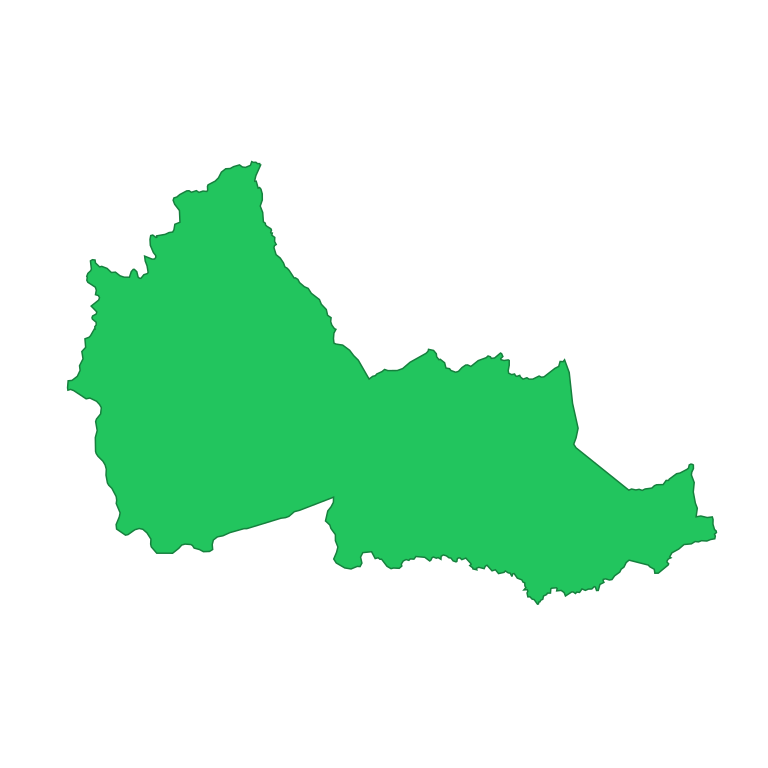 Dowa, Dowa, Malawi (orthographic projection), rotated 354°
{"feature_id": "42251766B75153645982813", "entity_name": "Dowa", "entity_type": "district", "adm_level": 2, "iso_a3": "MWI", "parent_name": "Malawi", "parent_adm1": "Dowa", "projection": "orthographic", "projection_center": [33.724, -13.52], "detail": "fine", "context": "isolated", "style": "filled", "palette": "green", "viewbox_px": 768, "rotation_deg": 354, "n_neighbors": 0, "source": "geoboundaries", "source_scale": "gbopen_adm2", "svg_char_len": 6136}
<svg xmlns="http://www.w3.org/2000/svg" viewBox="0 0 768 768"><g transform="rotate(354 384 384)"><path d="M566.1,378.8L564.5,380.5L561.5,380.0L559.6,384.8L555.6,386.3L543.9,393.6L541.3,393.7L539.1,392.3L532.5,394.7L528.7,394.3L526.8,392.7L522.8,393.7L520.4,391.2L519.9,389.6L517.0,390.3L515.7,389.6L514.9,387.7L511.9,388.0L509.1,386.3L508.9,383.7L510.5,378.4L511.0,373.7L510.1,373.0L505.8,373.2L502.8,372.0L502.7,371.0L505.1,369.1L504.1,366.1L503.1,365.4L496.7,369.7L493.4,369.7L492.7,368.1L490.4,367.0L488.4,368.5L480.1,370.6L472.3,375.6L469.2,373.8L467.2,373.7L463.3,375.8L459.4,379.2L456.5,379.8L451.9,377.5L450.8,375.6L447.3,374.6L446.5,369.2L442.5,365.3L441.2,365.6L439.2,362.4L439.2,359.4L436.8,355.8L431.9,354.2L431.2,356.1L429.0,357.9L412.2,365.1L404.2,370.6L398.6,372.0L389.3,371.1L386.1,369.6L383.4,371.4L377.8,373.3L376.3,374.8L373.5,375.2L369.7,377.5L360.9,357.6L356.8,352.6L353.3,346.8L347.0,341.0L340.2,339.2L338.5,338.0L338.5,333.5L339.5,328.2L341.9,324.6L340.5,323.8L338.3,320.0L337.5,316.4L338.3,312.5L335.1,309.8L334.4,303.9L330.0,298.1L328.6,293.3L321.2,286.2L318.6,281.0L314.9,278.9L310.6,274.3L309.3,271.0L307.1,269.2L305.7,269.2L301.5,261.0L299.9,258.8L297.7,257.2L296.7,253.1L294.0,247.9L290.2,244.1L288.8,236.9L289.6,234.9L291.4,234.0L290.1,230.8L290.7,226.8L288.0,224.3L288.7,222.2L287.3,222.0L287.1,221.4L288.2,219.3L287.8,217.9L283.8,214.7L282.9,213.6L282.7,211.6L281.0,210.1L281.3,200.7L279.5,194.1L282.2,188.3L282.8,182.2L282.0,177.4L280.8,175.6L279.3,176.0L278.1,168.9L276.7,168.9L276.7,168.2L278.3,163.5L284.2,153.3L283.6,153.1L283.4,151.8L281.2,151.6L279.8,150.1L277.1,149.9L275.7,149.0L274.0,152.6L268.9,154.1L265.9,153.4L263.2,151.0L257.1,152.1L253.6,153.6L249.1,153.4L244.4,156.3L240.9,161.7L237.3,164.6L229.9,167.5L229.1,169.0L228.9,172.8L227.9,174.0L224.2,173.2L220.0,174.1L217.6,172.1L212.5,173.2L210.3,171.4L208.0,171.3L200.8,174.2L197.5,176.4L194.5,177.0L193.5,179.2L194.6,183.4L198.7,190.1L198.0,201.8L192.7,203.3L191.2,208.7L189.7,210.8L186.1,210.9L182.0,212.3L173.4,212.9L173.4,214.3L172.6,214.5L169.6,211.7L167.5,212.0L166.4,215.7L166.1,221.7L168.4,229.2L170.4,232.4L170.3,234.2L168.9,235.7L166.5,235.6L159.3,231.8L159.4,236.8L160.7,241.7L161.1,248.5L160.0,249.5L156.6,250.2L153.3,253.5L151.9,253.3L150.6,251.9L149.9,246.5L147.7,243.9L146.6,243.8L144.4,245.8L142.0,251.2L136.7,250.6L132.8,248.8L128.6,244.7L124.5,244.6L120.7,240.1L115.6,237.5L113.4,237.8L109.7,233.4L109.6,230.5L107.0,229.9L104.9,230.9L105.0,239.2L104.0,240.8L101.1,243.0L99.6,245.9L100.0,246.9L99.3,249.8L100.1,251.9L107.0,257.5L107.7,260.7L106.4,265.0L109.2,266.2L110.1,268.4L109.0,270.7L100.9,275.9L105.9,282.3L105.1,284.3L101.3,285.9L100.5,287.6L100.8,289.0L104.2,292.5L103.9,295.3L102.4,296.7L102.3,299.2L101.7,299.0L97.1,305.4L95.5,306.7L91.3,307.8L91.1,316.4L86.9,320.1L87.3,327.5L83.1,334.0L83.2,338.7L79.8,344.3L74.1,347.8L70.2,347.8L68.9,354.7L69.0,357.1L71.7,356.6L74.7,358.1L86.2,367.6L90.0,367.2L96.3,371.1L99.0,374.7L100.4,378.0L99.0,384.2L94.4,388.8L93.3,391.2L93.9,400.3L91.3,407.1L90.1,420.8L90.5,423.1L92.0,426.0L96.4,431.4L98.2,435.4L98.9,439.7L98.0,445.6L98.6,453.5L99.6,455.8L102.5,459.4L105.9,468.0L106.0,471.7L105.2,474.9L108.1,484.5L106.9,488.4L102.9,495.8L102.9,500.3L111.1,507.3L113.7,507.0L121.0,502.9L125.4,502.1L129.0,503.3L132.7,507.3L136.0,513.9L135.2,518.8L135.5,521.6L140.3,528.5L156.1,530.2L162.7,526.0L166.0,523.0L169.4,522.4L175.3,523.5L176.7,524.7L178.0,527.3L183.3,529.4L186.9,531.9L193.0,532.3L196.3,530.7L196.4,525.7L198.0,521.3L202.4,518.6L208.0,518.1L215.2,515.7L229.7,513.2L232.5,513.5L267.5,506.7L272.1,506.6L275.6,505.7L281.5,501.6L286.8,500.8L322.0,491.3L321.3,496.4L318.5,500.6L314.8,504.4L311.5,514.1L315.4,518.6L316.1,522.1L319.9,528.7L319.3,534.8L321.1,541.3L319.2,546.5L315.7,552.8L317.8,557.0L325.7,562.8L331.9,564.5L338.3,562.6L341.1,563.1L343.3,559.8L342.6,553.7L345.3,549.5L354.1,549.5L357.0,556.7L360.0,556.2L361.7,557.9L363.3,558.0L367.9,565.6L371.7,568.4L374.2,568.0L379.9,568.9L382.7,566.9L382.4,564.9L384.7,562.0L387.6,560.9L390.3,562.0L391.8,560.7L395.5,561.3L397.7,558.9L406.4,560.6L411.0,564.8L412.3,564.0L413.6,561.8L415.0,561.2L417.8,562.7L419.7,562.3L422.3,564.3L422.8,561.3L425.1,560.2L428.1,561.4L430.4,563.6L432.4,564.1L434.2,567.1L437.0,568.4L437.9,568.1L438.6,565.5L439.9,564.7L441.4,564.9L443.0,566.8L447.2,565.7L451.5,571.5L451.8,572.5L450.3,573.5L453.0,576.1L453.1,577.2L456.9,578.5L456.6,577.0L459.1,576.2L464.3,578.1L465.7,575.8L467.5,575.0L471.9,581.1L475.4,580.4L478.1,584.5L483.7,583.9L485.1,582.6L487.8,584.8L489.7,585.3L490.9,588.3L491.4,588.3L492.1,586.3L493.6,586.1L496.3,591.0L500.6,593.2L501.5,595.5L503.2,596.5L503.0,599.5L503.8,601.3L501.6,603.4L504.9,603.5L505.4,605.1L504.4,606.8L504.8,610.7L506.9,610.9L508.8,613.4L510.8,614.1L513.6,619.0L514.6,618.9L515.2,617.0L516.2,617.0L517.5,615.3L519.4,614.7L520.5,611.5L523.7,610.4L524.6,609.1L527.7,609.3L528.5,605.1L529.4,604.6L534.2,604.7L534.8,605.5L534.1,607.8L538.6,607.8L541.3,610.2L542.3,613.8L549.0,610.4L550.6,610.7L552.5,612.4L554.0,611.1L556.7,611.7L559.5,608.5L562.7,610.3L565.9,609.3L569.2,609.6L571.9,607.5L573.0,608.0L573.8,611.6L575.5,611.7L577.8,605.9L582.0,604.3L581.3,602.2L581.7,601.2L584.1,601.0L587.7,602.5L590.3,602.3L593.3,598.9L598.8,595.7L600.5,593.0L603.5,591.2L606.2,586.9L609.3,584.8L627.9,591.7L629.2,593.5L633.4,596.5L633.6,600.5L637.0,600.8L647.7,593.7L648.3,592.6L646.8,590.6L647.1,589.4L648.5,587.7L651.2,586.8L650.0,585.8L652.7,582.0L660.0,578.9L665.6,575.0L673.0,575.1L676.9,573.2L680.3,573.9L683.3,573.0L688.7,573.9L692.6,572.8L696.8,572.5L697.6,569.9L697.0,567.9L699.1,566.5L699.0,564.9L697.5,563.3L696.5,557.8L697.1,553.1L696.6,550.5L691.5,550.6L685.3,548.4L680.5,548.7L682.6,540.3L681.2,535.0L680.3,523.7L682.2,514.4L680.2,506.6L680.9,503.8L682.9,500.5L683.2,496.9L682.5,496.3L680.9,495.7L679.1,496.4L678.1,499.4L676.5,500.5L669.0,503.5L665.6,503.8L657.8,508.4L656.9,509.6L654.5,509.4L651.1,513.2L644.6,512.7L642.3,513.4L639.5,515.5L632.7,515.7L629.7,516.8L626.7,515.4L623.4,515.7L619.2,514.3L616.4,515.2L568.3,467.5L566.4,463.7L569.4,457.6L572.4,448.3L569.5,422.9L569.4,391.9L566.1,378.8Z" fill="#22c55e" stroke="#15803d" stroke-width="1.5"/></g></svg>